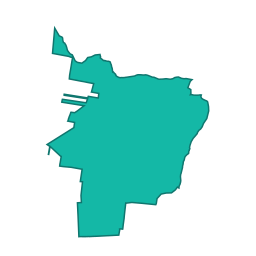 the district of Ciénega de Zimatlán, Oaxaca, Mexico, rotated 265°
{"feature_id": "50627088B24953100637846", "entity_name": "Ciénega de Zimatlán", "entity_type": "district", "adm_level": 2, "iso_a3": "MEX", "parent_name": "Mexico", "parent_adm1": "Oaxaca", "projection": "orthographic", "projection_center": [-96.761, 16.893], "detail": "fine", "context": "isolated", "style": "filled", "palette": "teal", "viewbox_px": 256, "rotation_deg": 265, "n_neighbors": 0, "source": "geoboundaries", "source_scale": "gbopen_adm2", "svg_char_len": 3564}
<svg xmlns="http://www.w3.org/2000/svg" viewBox="0 0 256 256"><g transform="rotate(265 128 128)"><path d="M118.6,45.9L116.5,48.5L108.7,46.4L108.6,46.7L116.4,48.8L105.6,58.6L105.5,59.0L98.9,57.3L98.6,57.2L98.4,57.1L96.0,56.6L95.2,60.1L93.8,68.0L90.9,78.7L78.8,75.8L78.4,78.0L64.9,75.3L57.8,75.1L57.9,71.5L57.9,71.1L45.3,70.6L24.0,69.6L24.0,69.9L24.0,70.7L23.5,75.9L23.3,79.8L23.2,80.0L23.1,82.7L23.1,83.3L22.9,87.1L22.5,98.8L22.4,100.7L22.4,101.1L22.1,109.3L22.1,109.5L23.3,109.8L27.4,110.9L28.1,110.8L28.2,111.4L27.7,113.9L27.9,114.0L28.1,114.0L29.5,114.3L31.0,114.6L32.1,114.8L33.0,115.0L33.7,115.2L34.3,115.3L35.0,115.5L35.7,115.6L36.4,115.8L37.0,115.9L37.6,116.1L41.5,116.8L53.4,119.2L53.3,119.5L53.5,125.3L51.8,135.2L49.2,149.0L50.3,149.6L55.2,150.8L59.3,155.3L59.9,160.3L59.6,165.7L62.3,169.9L64.8,172.0L63.8,173.5L65.1,173.7L66.3,174.2L67.4,174.9L69.6,175.7L71.1,176.0L72.9,176.0L74.9,176.0L77.1,176.4L78.4,177.0L80.8,177.8L83.7,178.8L85.5,179.1L87.1,179.7L89.6,180.2L91.2,181.2L93.8,182.0L94.8,182.7L95.6,183.6L96.2,184.2L96.5,184.8L97.0,185.6L97.5,186.2L99.5,186.5L100.2,187.0L101.0,187.2L101.9,187.8L103.1,187.6L105.0,188.1L108.9,189.8L112.0,192.0L114.0,194.1L116.3,196.4L117.6,196.9L118.8,197.9L119.7,198.7L120.6,200.2L122.7,202.0L123.9,202.6L125.8,203.5L127.8,205.1L130.5,207.3L138.0,209.9L142.2,210.1L144.4,209.9L147.1,209.6L148.0,208.9L148.9,207.2L150.1,205.2L151.1,204.0L152.2,203.5L153.3,203.4L154.5,203.9L154.7,202.9L154.6,201.1L154.7,199.3L155.0,196.5L155.8,194.0L155.7,193.0L157.1,193.7L160.8,193.9L162.9,191.1L164.1,191.7L169.1,194.1L170.6,196.0L172.2,190.2L172.2,188.1L172.8,185.7L174.4,182.7L174.4,181.0L174.2,179.0L173.2,176.9L172.9,174.3L173.8,170.2L173.7,167.0L173.9,162.9L176.3,158.3L176.5,156.8L177.9,154.0L178.8,152.2L179.4,150.4L179.4,148.0L179.9,145.3L180.2,142.7L179.9,141.0L179.2,139.1L178.7,131.3L178.7,130.7L178.7,130.3L178.6,129.3L178.6,128.8L178.6,128.2L178.6,127.7L178.6,127.2L178.7,126.8L178.8,126.4L178.8,125.8L178.8,125.3L178.8,124.9L178.8,124.5L179.0,124.0L179.1,123.5L179.3,123.0L179.6,122.6L179.9,122.2L180.1,121.7L180.5,121.3L181.0,120.9L181.2,120.5L182.5,120.4L183.1,119.9L183.3,119.6L183.7,119.3L184.2,118.9L184.8,118.5L185.2,118.2L185.1,117.6L187.8,117.5L189.2,117.4L189.9,117.1L191.0,117.0L192.5,116.8L193.1,116.6L193.8,116.3L195.2,116.1L195.6,115.7L195.8,115.2L196.1,114.7L196.2,114.2L196.2,113.8L196.3,113.2L196.5,112.6L196.7,111.9L197.0,111.3L197.3,110.7L197.1,110.0L197.2,109.9L197.5,109.5L197.8,109.1L198.1,108.6L198.7,108.2L199.4,107.4L199.7,107.0L200.2,106.5L201.2,106.9L202.4,106.7L203.4,106.5L203.7,106.5L203.6,101.6L202.1,97.7L201.7,94.0L198.9,91.6L196.6,87.7L197.8,83.3L199.5,81.2L205.7,78.9L206.9,76.8L208.5,75.7L210.5,74.5L211.5,74.3L212.6,74.1L213.9,73.9L214.6,73.7L215.4,73.5L215.9,73.4L217.4,72.6L218.0,72.4L218.9,71.1L221.0,70.7L223.4,70.7L224.3,70.2L225.8,67.5L233.9,63.7L230.7,63.1L229.9,63.0L208.9,59.3L204.5,75.2L203.6,77.0L203.2,78.5L203.1,78.9L196.0,77.1L195.1,76.9L186.3,74.6L186.0,74.5L182.0,73.8L175.2,97.7L167.2,94.8L167.0,94.7L165.0,101.9L161.0,101.1L160.5,100.9L163.0,91.2L161.4,90.5L161.5,90.3L167.2,67.4L166.8,67.3L166.6,67.3L166.5,67.2L166.2,67.2L160.6,90.1L160.5,90.3L156.8,88.5L156.8,88.3L162.3,65.3L162.3,65.1L159.5,64.3L154.0,86.2L149.4,79.0L147.9,76.2L148.7,72.6L148.3,72.3L147.8,72.1L147.3,71.9L146.6,71.6L146.2,71.4L145.9,71.2L145.5,71.0L145.1,70.8L144.7,70.6L144.3,70.4L143.9,70.2L143.5,70.1L142.8,69.7L142.4,69.6L142.1,69.4L141.7,69.3L141.3,69.2L140.9,69.1L140.1,68.6L138.2,75.3L133.5,74.2L133.1,74.2L118.6,45.9Z" fill="#14b8a6" stroke="#0f766e" stroke-width="1.5"/></g></svg>